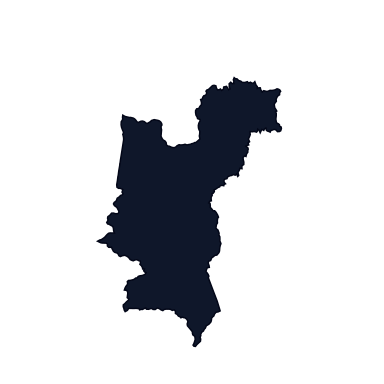 the district of Campo Largo, Paraná, Brazil, rotated 40°
{"feature_id": "56859067B88881435376301", "entity_name": "Campo Largo", "entity_type": "district", "adm_level": 2, "iso_a3": "BRA", "parent_name": "Brazil", "parent_adm1": "Paraná", "projection": "albers", "projection_center": [-49.618, -25.266], "detail": "fine", "context": "isolated", "style": "filled", "palette": "ink", "viewbox_px": 384, "rotation_deg": 40, "n_neighbors": 0, "source": "geoboundaries", "source_scale": "gbopen_adm2", "svg_char_len": 6063}
<svg xmlns="http://www.w3.org/2000/svg" viewBox="0 0 384 384"><g transform="rotate(40 192 192)"><path d="M293.9,308.1L293.8,305.7L294.4,300.9L293.2,299.1L291.6,298.1L291.1,296.4L290.1,295.4L289.6,293.2L290.1,291.1L289.6,289.4L289.7,287.7L288.9,285.2L289.5,283.8L290.0,282.0L290.0,279.3L289.2,277.6L288.1,276.1L288.1,274.4L288.4,273.0L287.7,271.0L287.7,268.7L289.1,267.0L290.0,265.0L281.4,259.4L272.2,254.3L259.6,247.2L259.0,245.6L257.2,244.7L255.7,244.3L253.7,243.9L252.9,241.9L252.4,240.2L253.7,238.6L252.5,237.5L250.2,236.1L249.2,234.5L250.3,232.5L249.4,229.7L250.0,227.8L250.2,226.0L251.6,224.3L251.6,221.1L251.0,219.5L249.9,218.0L249.0,216.7L248.0,214.8L247.4,213.0L246.1,212.2L244.9,211.7L243.8,210.3L242.1,208.4L240.2,207.6L239.2,206.1L236.2,204.4L234.6,204.5L233.4,204.1L231.7,201.3L231.4,199.3L230.0,197.9L228.6,195.8L228.5,194.3L226.5,193.2L223.5,192.1L221.4,191.8L220.2,192.9L218.7,192.4L215.9,192.0L214.6,190.5L213.1,189.1L211.8,189.6L211.5,187.7L212.5,186.3L211.3,185.2L210.1,183.8L209.6,181.5L208.4,180.6L209.0,179.4L208.9,177.4L207.5,176.1L208.3,174.7L209.0,171.9L209.9,170.3L209.5,169.0L210.9,167.5L212.3,166.8L211.7,165.5L212.4,164.2L211.0,164.0L209.3,163.2L208.7,161.4L210.2,159.3L209.6,157.3L210.7,155.1L211.8,153.8L212.3,152.2L214.3,151.3L214.5,149.5L217.0,150.7L217.1,149.3L214.7,147.5L214.1,144.4L213.4,143.2L215.3,142.0L214.2,140.9L213.4,139.7L214.0,137.7L212.5,135.8L210.5,134.3L208.9,132.8L209.1,130.5L210.5,130.1L209.3,127.7L209.2,125.7L208.1,124.4L207.5,123.0L206.3,122.2L203.8,122.3L204.3,120.8L205.2,119.5L203.4,118.3L203.8,116.5L202.4,115.8L201.2,115.2L200.4,112.5L199.7,110.5L198.6,109.6L197.7,108.3L199.4,107.2L200.7,105.7L203.0,104.6L202.9,103.2L202.0,101.6L203.6,101.6L206.2,102.8L205.8,101.4L205.3,99.1L207.4,98.7L206.9,97.0L207.5,95.6L209.1,96.8L210.4,96.9L212.1,96.2L213.4,95.9L212.9,94.2L213.7,93.0L214.7,91.2L216.3,90.5L218.7,90.8L220.1,89.5L220.6,88.1L219.7,85.9L218.5,84.9L217.0,85.3L215.6,84.2L214.2,84.2L213.0,84.7L211.5,84.1L209.4,82.3L208.6,81.1L207.5,79.4L205.9,77.5L204.4,77.0L204.9,75.5L203.1,74.8L201.5,74.4L200.0,73.2L198.6,71.9L198.4,70.6L198.3,68.3L196.9,67.0L196.3,65.3L196.0,63.3L196.6,61.2L195.3,59.6L195.2,57.9L193.7,57.4L192.3,57.6L190.8,58.3L190.0,60.3L189.2,61.4L188.0,62.8L186.4,64.0L185.5,65.9L184.5,67.0L181.8,68.3L181.5,70.3L178.7,69.4L177.4,68.3L176.2,69.2L175.5,70.8L174.3,69.3L172.3,68.9L169.2,67.1L169.1,69.2L167.9,70.1L166.2,70.3L165.3,72.2L163.5,71.9L162.1,74.1L159.9,75.8L158.2,75.7L156.1,76.6L153.7,76.4L152.5,77.3L150.8,77.3L151.6,79.6L152.8,80.0L153.4,81.3L154.4,82.0L153.0,83.2L151.1,83.0L150.9,85.3L151.9,86.2L152.7,87.3L154.9,88.5L154.2,90.1L152.6,89.4L150.5,88.9L148.8,91.2L150.0,93.1L149.4,95.2L147.6,94.8L147.0,96.3L145.9,97.3L144.7,97.0L143.5,96.4L142.0,95.3L140.3,96.1L139.3,97.4L139.0,100.1L138.7,102.8L137.8,104.4L137.9,105.8L139.1,106.2L140.2,107.9L140.1,109.3L139.2,110.6L139.3,112.4L140.1,114.2L139.2,115.6L140.7,116.6L141.9,117.5L143.1,119.2L143.0,121.3L143.5,123.7L142.1,125.3L142.4,127.3L143.7,128.9L145.7,130.6L147.6,131.2L149.1,132.2L150.2,131.8L151.5,131.3L152.5,132.4L153.0,134.9L154.1,137.0L155.8,138.8L157.2,139.7L159.0,140.5L160.7,142.8L161.6,144.4L163.0,145.5L164.0,146.3L163.8,147.7L163.2,151.5L162.2,152.5L161.8,153.8L160.7,155.2L160.1,156.5L159.1,157.6L157.9,159.2L156.0,159.9L154.8,161.6L153.2,163.2L151.7,164.1L150.8,166.2L150.7,167.8L149.9,169.5L147.8,170.8L145.2,171.5L144.0,172.3L142.3,172.4L140.3,170.7L138.4,170.3L136.6,170.7L134.8,170.3L132.4,169.2L128.7,163.9L127.6,163.1L126.2,161.8L125.9,160.0L124.8,159.1L123.1,158.5L121.3,158.5L119.9,159.0L116.5,160.9L115.0,163.3L114.9,164.9L114.4,166.3L113.8,168.0L112.5,168.8L110.4,168.7L108.6,169.4L107.4,170.6L106.1,173.3L104.8,173.6L102.4,173.0L101.0,172.9L99.6,173.1L97.1,174.3L96.2,175.1L93.5,176.5L92.0,177.2L89.6,177.6L90.7,179.4L91.8,180.4L92.4,181.6L92.6,183.6L94.5,186.1L96.4,187.7L99.0,189.2L100.5,189.9L101.6,190.8L101.9,192.3L103.1,193.1L104.8,194.5L106.1,196.0L111.6,205.1L113.7,208.6L114.5,209.9L116.7,213.6L117.9,215.4L118.5,216.6L119.6,218.2L122.4,223.0L123.3,224.4L124.6,226.4L125.4,227.9L127.6,231.3L129.7,234.9L131.5,236.6L133.4,236.4L134.7,235.3L137.4,234.5L138.5,237.1L140.4,237.7L140.3,239.4L139.4,240.7L139.5,242.1L138.7,244.9L139.6,247.1L139.5,248.5L139.1,250.0L139.5,251.6L141.3,252.3L144.4,252.1L148.1,253.6L149.1,254.6L149.1,256.3L147.5,257.7L145.3,258.7L144.0,259.9L144.0,262.8L143.4,264.9L144.1,266.3L145.8,267.6L146.3,270.2L147.9,270.7L149.1,270.1L153.4,269.3L155.2,270.4L156.9,272.1L159.0,273.3L157.1,274.8L155.5,276.1L154.6,277.3L154.3,279.3L154.2,282.9L153.7,284.9L153.1,286.9L152.2,288.0L151.3,290.4L154.8,289.5L156.0,288.8L159.2,286.3L160.9,286.3L161.8,287.7L163.7,287.9L164.9,287.0L165.8,286.0L167.2,286.8L169.9,287.9L171.5,287.9L174.2,286.8L175.5,287.1L177.1,287.8L178.6,287.5L179.6,285.6L181.2,283.7L183.2,283.1L185.5,282.9L188.0,283.5L189.4,283.2L191.2,282.5L192.1,280.6L193.4,279.2L195.1,278.9L196.9,278.2L198.1,279.5L198.6,280.9L200.7,281.0L202.7,281.8L203.7,282.7L205.1,281.6L205.6,283.4L207.3,283.7L208.6,283.2L209.0,285.0L208.1,287.1L207.0,288.6L206.1,289.5L205.1,291.1L205.1,293.2L204.1,294.2L203.9,295.8L203.1,297.3L201.5,299.4L200.2,300.6L200.0,302.2L201.5,303.4L202.0,304.8L202.0,306.7L202.4,308.5L203.2,310.6L205.3,309.3L207.0,310.0L208.0,311.0L210.3,314.6L212.4,314.5L212.8,315.9L212.4,318.2L212.3,320.7L211.9,322.6L213.1,324.1L214.7,325.0L216.0,326.0L217.7,326.6L218.6,324.2L218.3,321.9L219.4,320.9L222.1,318.8L223.9,317.1L226.4,315.4L227.6,316.0L228.5,314.6L229.6,313.8L230.1,312.4L231.1,310.5L232.4,311.1L234.2,309.7L235.0,308.2L236.3,307.0L237.7,307.0L239.3,305.7L240.0,303.1L241.9,302.4L244.1,302.2L245.9,301.6L246.1,300.1L247.2,298.6L248.6,297.4L249.8,296.4L251.0,295.7L253.0,295.4L254.2,293.6L256.0,294.1L257.4,295.7L259.3,295.3L261.3,295.8L263.0,295.3L264.4,295.5L264.8,294.1L266.0,293.8L267.8,292.8L270.2,292.9L272.2,293.9L273.1,296.2L274.5,297.4L278.5,298.1L282.1,298.8L283.2,300.0L284.5,300.9L286.9,300.8L288.1,301.8L289.3,303.0L290.1,304.9L290.9,307.0L291.2,308.6L292.6,308.9L293.9,308.1Z" fill="#0f172a" stroke="#020617" stroke-width="1.5"/></g></svg>